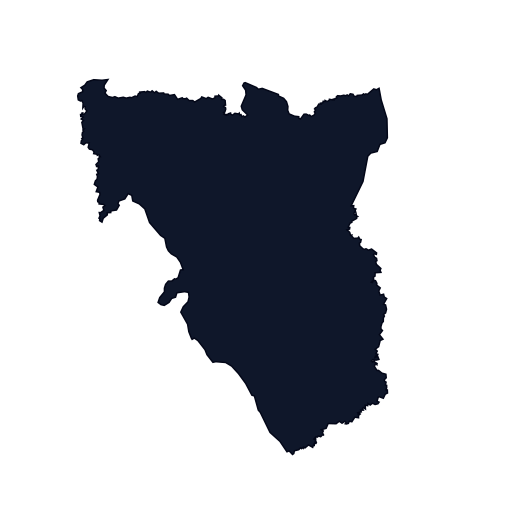 Si That, Udon Thani, Thailand, rotated 260°
{"feature_id": "78962969B71441288528708", "entity_name": "Si That", "entity_type": "district", "adm_level": 2, "iso_a3": "THA", "parent_name": "Thailand", "parent_adm1": "Udon Thani", "projection": "mercator", "projection_center": [103.258, 17.041], "detail": "fine", "context": "isolated", "style": "filled", "palette": "ink", "viewbox_px": 512, "rotation_deg": 260, "n_neighbors": 0, "source": "geoboundaries", "source_scale": "gbopen_adm2", "svg_char_len": 6096}
<svg xmlns="http://www.w3.org/2000/svg" viewBox="0 0 512 512"><g transform="rotate(260 256 256)"><path d="M307.4,157.0L292.9,165.6L289.3,169.3L280.4,169.5L276.4,170.6L272.8,173.0L268.8,177.8L262.9,180.5L255.2,181.9L255.3,179.2L248.1,175.5L247.1,173.0L247.7,171.8L245.9,168.6L246.5,165.3L243.8,162.1L240.2,160.2L236.6,159.6L231.8,154.0L227.3,151.5L224.6,154.0L223.3,157.1L225.4,162.3L228.9,165.6L229.4,169.6L233.5,171.7L233.3,179.4L231.9,183.2L227.2,183.0L222.7,181.1L218.7,175.6L213.8,172.2L200.7,176.8L193.1,176.7L186.3,178.1L185.0,178.6L185.9,181.0L182.8,184.1L172.6,189.5L167.3,190.6L158.8,195.1L158.9,198.1L156.4,207.6L151.8,212.9L143.3,218.3L132.3,223.7L119.6,227.8L118.5,230.1L103.8,231.5L101.2,233.1L79.8,239.2L69.3,247.4L57.8,252.5L58.3,254.8L54.2,257.5L54.9,258.9L57.5,260.0L57.8,264.4L59.4,266.7L58.4,267.4L59.4,269.2L58.5,269.3L59.3,270.2L58.5,270.9L60.8,274.9L57.7,278.6L60.0,279.9L59.5,280.5L61.1,280.8L61.0,282.5L61.9,283.1L62.6,282.9L62.0,281.8L64.5,282.9L65.6,281.1L66.7,282.4L65.5,282.8L67.6,283.8L67.0,285.2L68.0,286.0L66.8,288.3L68.5,290.7L67.5,291.6L70.4,290.7L72.0,291.9L73.6,290.3L74.1,295.1L78.5,298.0L76.9,305.7L78.8,309.3L76.4,311.7L77.8,314.8L76.1,315.9L75.3,314.8L74.9,315.7L75.1,317.9L77.1,319.2L76.1,321.6L80.1,325.3L78.9,328.9L81.2,329.3L82.3,331.2L83.6,330.1L82.8,329.0L84.0,328.8L84.2,332.6L86.0,332.3L85.6,334.9L87.3,334.3L88.1,335.3L86.3,337.2L90.1,337.6L89.2,340.0L91.3,340.7L89.4,342.6L90.8,345.1L89.1,347.5L89.3,350.4L90.7,351.8L91.9,350.0L95.7,351.8L96.0,352.9L93.8,356.7L97.5,359.3L98.2,361.7L101.3,362.1L101.7,360.7L103.6,361.8L105.9,362.2L106.4,361.0L109.2,362.2L110.1,361.0L111.8,360.8L113.5,363.1L117.0,363.4L118.8,359.6L122.0,356.9L122.3,355.3L126.7,353.4L129.5,355.2L128.0,356.2L129.1,356.6L131.3,354.1L132.4,354.4L131.4,352.3L132.5,351.4L133.8,353.0L132.6,356.1L132.8,359.1L135.8,358.5L135.3,355.5L136.7,356.2L137.0,358.2L138.0,358.9L139.0,357.0L141.3,358.9L143.5,357.2L145.4,361.0L151.2,363.6L152.0,366.6L157.1,363.8L160.6,367.6L162.5,366.4L164.6,366.7L168.1,368.4L169.4,370.0L172.9,370.7L174.5,372.0L176.3,371.4L177.4,373.7L180.9,375.3L185.3,375.1L186.4,373.2L191.4,377.3L193.3,375.2L196.2,375.0L195.9,371.5L200.2,370.8L203.0,372.8L206.4,369.8L208.1,370.3L211.0,369.4L211.4,367.9L209.6,365.8L210.2,364.9L212.3,367.8L214.8,367.9L215.5,369.7L218.8,370.4L218.2,376.2L220.4,375.7L222.0,376.8L226.9,373.1L229.8,372.9L230.4,374.3L232.8,374.3L234.2,372.7L236.8,371.9L237.6,373.0L236.7,374.8L238.1,375.3L242.8,371.0L242.2,367.8L244.0,365.6L243.7,363.7L244.6,362.5L248.1,359.9L250.7,360.1L251.4,361.4L253.9,362.4L254.3,361.2L256.8,360.4L255.9,359.4L256.4,355.3L259.0,353.7L260.0,354.1L260.0,352.7L263.0,352.4L266.0,350.1L266.3,352.8L267.8,353.3L268.2,351.9L268.9,352.1L271.9,354.2L272.6,356.3L273.7,356.4L275.5,361.6L276.7,361.5L277.2,363.0L278.2,361.9L280.3,361.9L279.3,360.3L280.8,359.7L282.2,360.7L281.8,361.8L284.1,361.6L284.9,362.5L286.2,360.2L288.6,361.0L288.9,358.4L310.8,374.3L334.8,383.4L337.4,386.9L337.9,393.5L344.4,397.4L345.1,402.7L349.6,405.9L368.4,408.8L388.0,406.4L399.8,406.3L398.8,403.5L400.1,401.0L395.8,393.7L396.6,392.4L396.1,391.0L397.0,390.1L396.1,388.3L396.6,383.5L395.6,382.9L396.2,380.4L398.4,379.6L399.4,377.0L397.5,375.0L398.8,373.8L398.3,371.8L399.1,370.5L398.9,367.1L399.7,364.2L398.8,362.8L397.5,363.0L397.3,361.0L396.2,360.1L397.1,359.3L396.4,358.8L397.6,355.5L396.5,355.1L395.8,352.9L397.2,351.0L396.2,350.7L396.7,349.0L395.2,348.4L395.3,346.2L394.4,346.5L394.7,344.2L392.1,342.1L391.6,340.2L390.7,339.2L389.5,340.1L387.8,338.5L386.4,339.2L384.6,337.5L383.8,334.5L385.5,333.4L385.1,332.7L387.0,330.1L387.3,327.9L383.1,323.5L384.2,322.1L385.8,322.3L387.0,318.2L390.2,313.3L394.1,312.5L397.7,313.4L402.7,312.8L406.5,310.6L409.7,305.9L411.2,306.1L420.0,291.2L419.8,287.3L421.9,285.7L428.6,275.5L428.4,274.2L426.0,272.4L421.1,274.6L416.4,274.2L406.1,267.5L402.4,267.9L396.3,272.3L394.7,269.1L396.1,268.1L395.8,266.1L397.8,265.8L397.6,264.6L399.6,264.3L398.9,263.5L400.2,260.0L398.8,257.3L399.9,255.8L401.2,255.8L400.9,253.3L399.9,252.8L400.6,251.1L399.9,250.9L401.3,248.9L402.4,249.8L403.1,249.1L403.6,250.5L405.9,251.7L407.5,251.7L408.7,250.0L409.9,250.9L409.9,252.2L414.5,252.6L415.9,251.3L416.2,249.2L417.7,249.9L420.7,247.3L420.1,247.2L420.5,243.4L418.9,243.0L418.2,240.4L420.6,236.4L419.6,234.3L422.1,230.2L420.7,229.0L418.3,222.3L420.1,220.7L420.7,217.1L423.5,215.1L423.1,213.6L423.9,210.9L424.6,210.8L423.9,206.0L429.1,203.7L429.1,198.6L430.6,197.6L431.4,193.7L432.6,193.4L433.2,188.4L435.5,186.3L434.3,184.4L436.7,182.4L435.6,180.5L437.3,177.6L436.1,176.0L437.2,174.9L437.6,170.0L436.4,170.1L436.4,168.5L433.6,166.7L434.5,164.7L433.5,160.9L434.2,159.4L434.0,155.6L435.4,152.9L435.4,147.7L437.4,144.7L437.0,142.2L438.8,138.0L442.7,135.5L444.9,137.2L447.8,135.5L450.6,136.2L455.5,140.8L455.8,134.9L457.8,126.8L456.8,120.0L453.9,117.0L452.2,112.8L450.1,114.2L447.9,113.9L446.7,109.3L444.6,108.2L440.6,108.1L439.1,110.1L439.3,111.4L436.7,112.3L431.9,111.2L433.2,112.5L432.7,113.7L430.5,113.3L428.2,114.7L425.2,111.3L425.7,110.2L427.0,110.3L426.9,109.3L425.7,109.5L425.8,107.8L423.2,107.6L424.3,108.2L422.7,110.0L421.3,107.6L419.5,109.7L417.9,107.7L411.0,107.8L410.9,108.6L410.1,107.4L408.6,108.0L407.9,106.6L405.4,105.7L402.5,106.1L402.0,104.9L401.1,105.5L399.8,104.0L397.4,103.2L395.5,105.7L397.0,108.0L396.2,111.4L392.2,109.6L390.2,110.5L389.0,113.4L386.6,114.6L385.0,113.9L383.8,117.1L382.7,117.2L383.1,118.8L380.9,119.8L381.0,118.9L379.8,118.7L379.1,117.4L376.2,117.5L373.9,114.3L372.1,114.6L372.1,115.7L371.6,115.0L370.8,116.7L368.3,115.1L368.1,114.1L364.5,115.1L364.1,113.3L361.7,113.7L359.1,112.7L357.9,110.9L354.6,109.2L351.4,112.3L347.1,109.8L345.9,113.0L343.9,113.2L338.5,109.7L336.9,109.6L336.1,110.8L334.5,110.5L333.2,115.1L331.8,115.9L330.7,113.7L327.4,114.1L325.7,110.5L326.0,109.2L322.6,109.4L320.5,107.9L319.7,108.7L318.0,108.1L316.1,110.2L319.7,112.1L322.3,116.7L324.4,117.0L324.0,120.5L325.3,120.7L325.6,122.1L325.5,126.6L329.7,130.1L331.5,129.1L334.0,130.6L335.0,136.7L339.6,140.9L337.3,144.2L331.6,144.2L327.6,150.1L321.7,154.7L307.4,157.0Z" fill="#0f172a" stroke="#020617" stroke-width="1.5"/></g></svg>